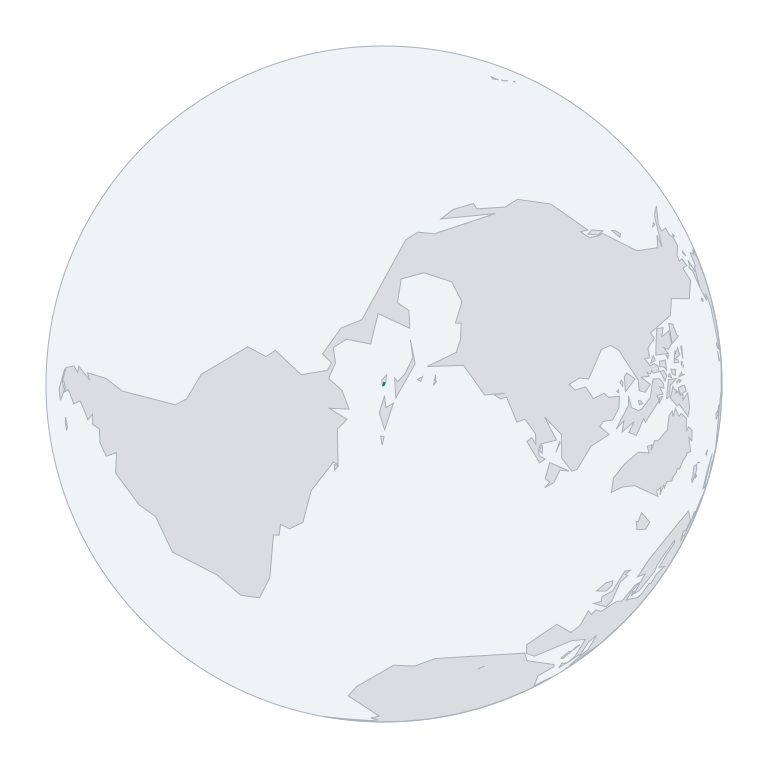 globe centered on Portland, rotated 94°
{"feature_id": "JAM-1378", "entity_name": "Portland", "entity_type": "Parish", "adm_level": 1, "iso_a3": "JAM", "parent_name": "Jamaica", "parent_adm1": "", "projection": "orthographic", "projection_center": [-76.532, 18.127], "detail": "fine", "context": "on_globe", "style": "filled", "palette": "teal", "viewbox_px": 768, "rotation_deg": 94, "n_neighbors": 0, "source": "natural_earth", "source_scale": "10m", "svg_char_len": 9496}
<svg xmlns="http://www.w3.org/2000/svg" viewBox="0 0 768 768"><g transform="rotate(94 384 384)"><circle cx="384" cy="384" r="338" fill="#eef3f6" stroke="#a8b0b8"/><path d="M374.4,441.5L366.4,437.8L358.5,447.6L331.2,430.8L321.5,410.6L238.5,372.2L230.2,360.9L230.6,344.1L206.2,284.9L215.3,338.7L205.1,327.2L197.7,307.4L202.8,303.6L199.1,275.6L190.5,263.7L192.9,230.0L216.2,191.4L218.4,198.4L223.7,189.3L221.3,180.4L218.4,176.9L233.4,141.1L228.9,120.4L216.5,122.1L227.9,116.2L196.9,126.1L187.4,124.7L204.9,121.6L211.9,117.9L208.9,114.0L215.4,109.6L217.7,105.5L225.8,100.9L235.4,100.6L240.8,97.9L238.3,95.5L244.8,90.2L247.7,94.0L259.4,85.3L277.6,85.5L278.7,103.3L295.5,103.1L314.5,121.7L319.5,117.5L329.8,123.2L339.5,120.8L340.3,126.0L347.3,119.8L344.8,115.7L347.0,111.9L352.4,110.4L354.4,116.3L351.9,117.9L355.3,118.9L354.0,122.7L357.7,120.0L359.4,128.0L365.8,118.2L374.0,123.0L372.9,128.9L362.4,130.6L334.0,152.1L329.7,160.4L334.1,169.4L364.7,180.2L364.3,189.2L371.5,199.4L376.6,192.9L372.8,182.7L384.0,174.1L377.9,163.7L381.6,159.1L379.7,148.4L391.3,147.9L403.8,153.4L406.0,162.6L411.5,165.7L418.6,155.8L431.6,173.1L455.7,185.4L457.8,190.7L445.4,201.6L422.0,203.4L405.9,221.4L427.9,208.1L432.8,223.2L438.5,225.4L444.9,224.1L447.6,218.0L451.7,223.3L431.4,237.5L427.4,232.8L433.9,228.1L422.9,229.5L409.3,241.0L412.9,248.7L388.6,260.8L390.8,266.9L386.8,273.5L384.8,262.8L387.9,282.8L359.9,305.9L363.5,342.1L347.4,314.1L334.0,310.8L318.0,311.2L318.2,317.0L296.6,312.0L277.3,323.6L270.3,351.9L277.9,374.2L301.9,376.2L309.0,364.3L326.6,362.2L314.2,394.8L345.0,400.1L342.0,424.5L351.0,437.1L366.3,433.9L382.2,439.7L393.4,425.4L411.5,417.1L412.1,436.8L421.9,418.4L432.2,427.4L468.0,424.2L465.3,428.9L495.5,449.2L527.6,455.3L535.0,468.3L531.2,477.4L542.2,478.2L542.3,483.8L585.0,484.4L606.0,493.2L604.7,512.1L586.0,537.4L566.4,583.3L532.1,602.6L521.6,619.8L491.7,645.4L471.2,646.1L475.3,656.0L462.4,663.2L448.6,664.8L444.7,671.8L434.4,672.7L440.3,676.7L422.0,685.9L425.3,692.1L411.5,698.6L414.1,701.8L409.4,701.9L404.2,703.2L403.2,705.0L389.7,702.3L387.6,694.6L393.7,690.4L387.6,689.7L400.6,678.0L393.5,680.5L397.8,661.7L409.3,644.6L419.3,590.9L412.5,579.8L387.0,566.9L356.4,522.5L364.9,503.7L358.1,494.7L380.5,467.3L374.4,441.5ZM70.0,298.6L72.5,291.0L72.1,296.9L70.0,298.6ZM73.3,285.8L72.5,288.4L73.0,286.0L73.3,285.8ZM73.1,283.6L73.2,285.2L72.8,284.1L73.1,283.6ZM72.6,281.6L73.0,282.3L72.8,282.6L72.6,281.6ZM361.8,354.4L397.0,371.2L377.2,373.8L380.9,370.5L372.0,363.5L355.4,357.0L338.0,360.7L361.8,354.4ZM72.8,276.3L73.0,274.8L73.6,274.7L72.8,276.3ZM377.2,334.3L371.1,333.0L377.1,332.8L377.2,334.3ZM216.0,176.3L220.5,180.8L220.3,191.0L215.8,187.6L216.0,176.3ZM217.4,158.7L221.3,158.9L215.0,167.6L214.7,164.7L217.4,158.7ZM206.1,124.9L208.6,126.9L204.0,126.6L206.1,124.9ZM216.6,105.8L213.8,106.9L216.2,104.4L216.6,105.8ZM373.4,149.6L376.5,149.1L375.2,151.3L373.4,149.6ZM369.7,145.8L366.0,148.8L363.7,147.5L366.0,145.6L369.7,145.8ZM230.7,95.4L235.3,91.7L232.3,95.3L230.7,95.4ZM374.7,142.5L360.1,144.8L356.1,142.5L361.4,133.8L374.7,142.5ZM239.1,89.5L250.2,81.4L245.0,82.6L266.0,75.5L249.6,84.1L246.7,88.2L244.3,87.3L239.1,89.5ZM341.6,115.1L344.5,119.4L337.0,117.4L341.6,115.1ZM336.2,114.9L310.0,115.9L308.3,109.6L317.4,110.1L311.3,103.7L323.4,99.9L329.5,102.7L328.2,107.4L333.8,102.5L336.2,114.9ZM275.9,73.3L280.0,71.7L277.5,73.4L275.9,73.3ZM347.3,110.2L342.2,110.7L340.4,105.1L350.4,103.1L347.7,105.5L347.3,110.2ZM303.7,104.2L304.2,100.1L314.1,95.8L315.6,93.7L323.5,99.4L303.7,104.2ZM350.9,106.1L355.5,102.4L361.3,103.9L352.2,109.4L350.9,106.1ZM335.7,104.6L335.3,102.0L338.8,102.7L335.7,104.6ZM384.5,108.2L378.3,108.2L376.9,105.2L384.5,108.2ZM356.8,101.0L354.8,100.6L353.5,99.5L357.7,97.6L356.8,101.0ZM330.0,96.2L334.0,95.5L327.2,93.7L334.4,90.9L338.4,95.4L339.7,92.3L341.9,91.5L342.7,96.1L330.0,96.2ZM358.1,92.8L365.6,98.4L377.3,98.6L378.9,101.2L359.8,100.5L358.1,92.8ZM349.0,94.3L355.0,93.8L353.9,96.9L349.2,99.1L349.0,94.3ZM337.8,87.6L325.8,90.6L325.4,89.7L337.8,87.6ZM361.7,92.2L359.8,90.9L362.6,91.8L361.7,92.2ZM345.4,88.1L341.2,89.2L340.8,88.0L345.4,88.1ZM359.5,87.7L361.9,89.3L358.8,90.7L359.5,87.7ZM353.2,87.4L353.6,85.5L356.2,90.2L351.4,88.0L353.2,87.4ZM345.7,86.8L344.1,86.5L347.5,86.6L345.7,86.8ZM369.9,82.0L373.9,87.6L367.0,90.4L364.1,84.4L369.9,82.0ZM411.8,707.8L390.7,703.4L402.7,705.5L412.2,702.4L422.9,705.6L411.8,707.8ZM439.2,699.2L449.5,696.7L451.7,697.4L445.0,699.3L439.2,699.2ZM646.6,171.4L638.5,162.0L629.2,151.4L646.6,171.4ZM609.0,131.8L608.7,131.6L604.5,127.9L605.8,129.3L625.2,147.7L629.7,152.1L638.6,163.7L647.0,172.5L652.6,180.1L640.5,168.2L634.8,162.0L619.8,154.4L626.7,161.7L641.2,169.8L640.7,170.9L650.1,182.5L642.5,174.6L624.8,165.4L626.8,178.5L645.0,214.9L642.9,223.0L634.0,223.3L611.6,194.7L618.9,180.2L611.0,171.4L596.1,164.3L599.6,161.0L594.4,156.8L595.8,151.7L584.6,136.8L584.0,131.6L566.8,119.2L564.2,115.3L575.1,123.4L582.4,126.9L579.4,116.2L575.1,112.2L564.2,105.4L564.7,104.0L554.5,98.9L546.6,91.6L547.7,96.9L534.9,90.7L523.1,83.5L519.1,82.9L538.3,94.8L545.7,99.0L551.8,100.8L572.3,115.0L576.1,120.3L555.4,110.3L558.5,117.4L541.1,107.8L500.0,79.0L489.4,71.4L498.8,68.7L508.7,72.6L510.2,75.1L520.5,77.2L514.1,74.8L514.5,74.2L502.4,69.4L502.1,68.8L490.9,65.9L489.3,64.6L496.4,66.5L477.0,60.0L470.1,57.4L465.9,56.4L463.3,56.0L456.5,53.9L480.4,60.1L503.9,68.0L526.6,77.7L548.6,88.9L569.8,101.7L589.9,116.1L609.0,131.8ZM455.2,53.7L453.4,53.3L454.6,53.6L449.8,52.9L438.4,51.3L436.6,50.6L440.5,51.1L444.3,51.5L455.2,53.7ZM441.9,51.1L438.4,50.7L432.1,50.0L433.7,49.8L432.6,49.8L428.9,49.3L423.6,48.5L421.1,48.6L382.9,47.8L368.7,47.3L374.5,46.5L345.9,48.7L332.1,50.1L333.3,50.1L320.3,52.6L324.5,52.1L324.0,52.4L292.7,61.1L283.9,63.5L271.7,69.3L272.3,69.7L278.1,68.0L266.0,75.5L245.0,82.6L244.8,81.4L231.8,87.6L233.0,84.5L228.1,85.5L237.0,79.9L232.3,82.1L227.7,84.4L226.0,85.3L241.9,77.4L247.8,75.5L245.2,75.9L251.8,73.1L254.5,71.9L254.4,71.9L276.8,63.5L299.7,56.8L323.1,51.6L346.7,48.1L370.5,46.3L394.4,46.2L418.3,47.8L441.9,51.1ZM720.0,419.8L720.7,398.8L720.7,373.5L719.5,366.4L718.0,373.9L715.6,365.5L714.0,368.5L697.6,397.9L687.6,390.0L663.9,354.9L663.2,333.6L654.3,313.7L642.6,224.7L650.0,222.2L652.0,194.9L654.0,194.6L664.4,210.2L674.5,213.2L665.1,197.4L664.8,196.0L678.5,218.3L690.4,241.5L700.5,265.6L708.7,290.4L715.0,315.8L719.2,341.6L721.5,367.6L721.8,393.8L720.0,419.8ZM658.2,263.8L661.2,270.0L661.3,270.0L658.2,263.8ZM469.1,423.9L473.4,427.3L467.8,427.9L469.1,423.9ZM374.6,382.0L382.0,382.4L385.9,385.4L380.2,386.5L374.6,382.0ZM436.5,380.3L444.9,381.6L436.2,383.7L436.5,380.3ZM402.5,373.3L429.8,380.1L412.8,386.7L395.6,382.7L407.4,380.5L402.5,373.3ZM373.9,346.0L378.6,347.4L377.3,351.1L373.9,346.0ZM381.5,334.3L379.7,334.6L377.4,331.6L381.5,334.3ZM434.0,222.3L435.8,221.3L442.4,221.4L439.5,224.1L434.0,222.3ZM470.5,207.6L476.3,216.6L470.2,211.7L467.3,216.6L450.7,213.1L458.0,193.3L457.6,202.5L470.5,207.6ZM430.5,204.2L440.2,207.8L429.3,204.7L430.5,204.2ZM564.3,142.1L569.1,142.4L575.0,148.0L575.6,157.4L567.1,148.9L564.3,142.1ZM574.6,141.7L553.9,130.7L552.7,125.3L556.9,130.0L558.1,127.5L565.2,134.6L584.3,141.4L590.7,147.1L588.4,159.6L585.6,152.0L581.1,151.8L574.6,141.7ZM503.2,120.6L494.3,118.1L503.2,109.3L510.6,112.8L511.7,121.5L503.7,122.7L503.2,120.6ZM387.0,127.7L383.0,129.1L382.4,127.2L385.4,124.5L387.0,127.7ZM381.7,108.5L403.9,120.6L400.5,122.6L417.7,128.6L415.2,136.3L404.1,131.9L415.1,142.9L404.2,142.1L412.6,149.3L388.3,138.6L378.9,139.1L390.3,135.5L392.8,128.3L391.1,125.3L379.1,117.5L360.2,115.9L359.6,109.3L364.3,105.2L368.8,104.5L367.7,108.8L374.5,104.9L376.3,110.8L381.7,108.5ZM419.3,72.9L416.2,76.0L430.1,73.5L432.1,77.5L433.6,76.9L439.2,80.2L448.6,83.6L447.9,85.6L451.9,86.1L455.7,88.7L460.8,90.3L461.5,94.6L467.9,97.1L464.5,97.8L475.4,101.0L467.6,100.6L471.8,104.6L477.1,102.9L467.9,126.9L470.1,138.8L476.1,149.5L461.9,148.6L447.2,138.6L434.3,125.6L434.2,114.9L427.8,117.0L425.9,112.7L431.8,112.8L421.6,110.1L421.6,106.8L410.0,98.1L395.4,97.4L390.8,94.6L396.5,93.3L388.0,91.6L395.7,87.3L392.6,85.5L397.1,79.9L410.0,79.2L405.5,77.2L408.8,73.5L419.3,72.9ZM371.6,80.4L386.6,77.4L395.0,78.6L383.6,87.9L385.3,90.2L378.3,97.2L366.3,95.7L369.4,93.7L369.6,91.6L373.3,92.9L370.5,90.2L374.7,87.6L373.7,85.0L378.8,84.6L371.6,80.4ZM649.8,187.0L650.2,185.7L649.3,182.3L655.1,190.0L649.8,187.0ZM638.1,180.9L637.5,178.3L645.4,186.5L645.0,188.3L638.1,180.9ZM630.5,170.4L636.9,177.5L633.2,174.7L630.5,170.4ZM573.8,121.1L572.4,118.5L574.8,119.8L578.7,123.0L573.8,121.1ZM461.0,69.8L457.8,70.5L455.8,69.7L444.6,69.1L442.3,66.6L448.1,66.0L461.0,69.8ZM654.0,181.4L654.0,180.8L655.6,183.5L654.0,181.4ZM456.5,66.9L452.2,66.8L453.7,65.7L456.5,66.9ZM440.0,64.8L440.6,63.3L440.7,66.2L440.0,64.8ZM430.5,51.7L448.6,54.7L460.1,56.6L464.2,56.7L466.2,58.6L448.5,55.5L430.5,51.7ZM389.0,48.0L385.5,49.0L381.8,48.5L382.1,48.2L389.0,48.0ZM390.6,48.6L396.1,50.2L390.7,50.7L387.4,49.3L390.6,48.6ZM427.0,56.6L432.5,57.5L431.2,58.2L427.0,56.6ZM278.1,71.5L279.8,71.7L276.1,72.6L278.1,71.5ZM326.6,52.1L325.4,52.7L321.1,53.3L326.6,52.1ZM319.7,55.0L325.4,53.8L320.1,55.3L319.7,55.0ZM338.1,51.3L328.0,53.4L336.5,51.1L338.1,51.3Z" fill="#d9dde1" stroke="#a8b0b8" stroke-width="1"/><path d="M383.1,383.2L383.3,383.3L383.6,383.4L383.7,383.5L383.8,383.5L384.3,383.5L384.8,383.7L385.0,383.8L385.2,384.1L385.3,384.3L385.5,384.7L385.5,384.8L385.4,384.8L385.1,384.8L385.0,384.7L384.9,384.7L384.6,384.6L384.4,384.5L384.2,384.5L383.7,384.5L383.6,384.4L383.2,384.2L383.1,384.3L382.9,384.3L382.9,384.2L382.8,383.9L383.0,383.2L383.1,383.2Z" fill="#14b8a6" stroke="#0f766e" stroke-width="1.5"/></g></svg>